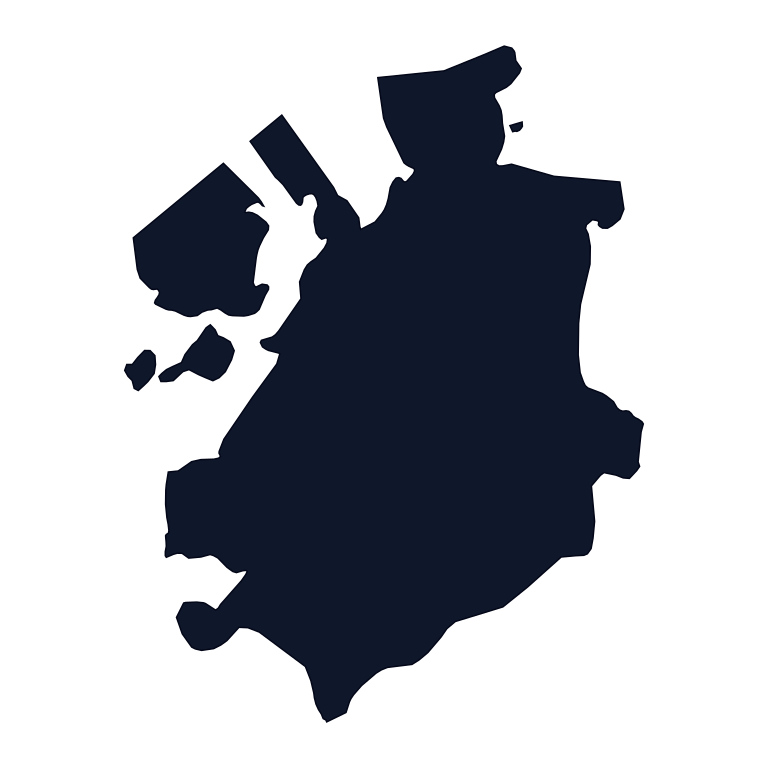 the Canton of Fribourg
{"feature_id": "CHE-3421", "entity_name": "Fribourg", "entity_type": "Canton", "adm_level": 1, "iso_a3": "CHE", "parent_name": "Switzerland", "parent_adm1": "", "projection": "albers", "projection_center": [7.007, 46.724], "detail": "fine", "context": "isolated", "style": "filled", "palette": "ink", "viewbox_px": 768, "rotation_deg": 0, "n_neighbors": 0, "source": "natural_earth", "source_scale": "10m", "svg_char_len": 4535}
<svg xmlns="http://www.w3.org/2000/svg" viewBox="0 0 768 768"><path d="M504.2,46.1L511.8,48.1L514.1,51.0L514.8,52.6L514.9,53.6L515.8,60.7L521.2,68.5L519.4,72.9L510.9,83.6L506.4,87.2L495.8,92.6L494.2,94.5L494.5,97.8L499.1,105.7L501.0,110.3L501.9,115.6L502.4,123.3L504.5,136.1L503.6,142.1L501.5,149.1L495.8,161.3L496.3,164.4L499.1,166.0L502.9,165.9L511.5,164.2L553.9,176.3L619.8,182.0L623.9,209.1L620.0,219.0L612.2,225.5L607.5,228.2L602.5,228.1L599.7,226.4L598.4,224.8L598.8,221.6L597.2,220.6L592.4,219.7L586.4,224.8L585.5,228.5L588.1,234.0L590.3,246.4L590.0,264.2L580.5,304.2L578.6,323.3L578.2,354.9L580.1,372.6L583.3,381.7L585.2,385.6L587.9,388.0L602.3,393.5L606.3,396.0L613.5,401.7L617.0,407.8L619.6,410.1L622.6,411.2L626.1,410.8L628.8,411.3L631.2,413.4L633.0,416.0L635.2,417.7L638.4,419.2L642.0,421.8L643.3,423.9L641.1,432.0L638.1,461.9L639.6,466.4L636.7,470.6L629.4,478.4L623.2,477.9L616.0,475.1L604.0,472.6L600.4,475.3L591.4,485.9L594.6,521.3L593.0,538.2L591.1,548.6L587.4,553.8L583.9,555.3L575.8,555.7L561.2,557.0L527.7,586.9L502.9,606.9L455.3,621.5L446.9,628.6L441.0,637.1L427.9,652.5L419.1,659.9L412.0,664.4L387.5,667.4L381.5,669.8L376.1,673.1L361.6,685.5L353.5,694.8L350.9,698.7L349.4,701.9L346.0,712.5L326.7,721.9L325.9,720.0L323.2,718.6L321.4,714.1L318.5,709.6L316.0,704.1L314.4,697.8L313.8,693.0L310.9,680.6L305.4,666.5L259.3,632.1L247.9,627.7L239.0,627.3L226.9,640.6L220.8,645.0L213.7,648.6L201.6,650.4L195.3,648.9L191.7,647.1L182.3,633.9L176.5,617.4L183.7,603.0L185.7,602.5L196.7,602.1L203.5,602.8L205.4,603.5L215.6,610.1L218.3,608.2L220.6,604.4L241.4,580.8L245.8,574.5L247.3,571.3L245.9,570.4L242.8,570.7L236.4,572.6L232.8,571.5L227.1,567.4L217.8,557.9L213.4,555.5L210.1,554.5L200.9,557.0L188.7,558.1L182.1,553.3L177.2,553.2L173.4,554.3L166.3,557.3L165.3,555.7L165.3,551.6L166.3,546.3L166.1,541.8L165.8,538.5L165.6,535.7L166.3,534.5L168.4,533.2L168.9,530.7L168.2,524.4L166.9,517.6L165.6,504.3L165.8,490.1L166.3,484.5L168.3,472.0L178.2,471.0L191.6,461.7L200.9,459.6L213.8,459.2L218.6,458.2L220.5,456.5L220.0,455.1L219.0,453.1L219.2,451.3L223.9,439.2L252.6,397.1L276.8,364.0L279.8,353.9L278.9,353.1L268.4,350.4L265.6,349.0L262.5,346.9L260.4,342.5L261.4,340.3L272.2,337.1L275.5,334.7L278.7,331.0L301.0,298.7L299.6,281.9L304.4,269.7L307.4,264.9L311.1,261.7L316.1,258.3L324.3,248.2L327.0,243.1L327.6,239.2L326.7,238.0L325.7,237.8L321.7,239.2L319.4,237.3L316.3,232.9L314.2,221.9L314.3,216.4L315.7,211.1L318.1,206.0L317.2,201.0L315.6,197.0L313.7,194.5L312.0,193.7L309.6,193.8L306.6,194.7L304.3,196.0L302.9,197.4L302.7,200.0L302.5,202.0L301.6,204.3L300.6,205.2L298.8,205.0L296.5,203.1L283.1,184.6L278.2,179.6L275.5,177.3L250.1,141.3L281.8,115.1L333.5,187.4L337.6,195.6L346.9,200.7L358.7,217.8L359.8,226.6L360.7,229.5L375.1,222.0L382.1,213.4L384.4,209.8L386.6,204.7L388.3,198.6L390.3,187.5L393.0,182.0L396.1,178.1L398.8,177.6L401.0,178.4L403.3,181.2L404.9,182.2L406.8,181.3L413.0,174.3L414.6,171.0L414.1,168.6L409.0,166.3L406.2,164.6L404.0,162.8L386.8,127.0L383.6,118.2L377.8,77.6L444.0,70.9L485.0,54.3L504.2,46.1ZM223.4,163.3L258.3,197.9L261.2,201.8L263.7,206.1L262.4,205.7L260.4,203.5L258.6,202.2L256.9,202.1L251.5,204.4L248.7,206.3L246.3,208.4L244.7,212.0L245.8,212.6L248.7,212.2L252.5,212.9L257.4,215.3L266.0,222.2L268.6,225.9L268.3,229.8L263.3,237.9L259.5,245.8L258.0,249.7L257.0,253.7L256.2,257.8L253.1,282.6L254.4,285.8L255.9,287.1L262.1,284.2L267.2,285.0L268.6,286.8L268.5,289.4L265.2,295.1L259.1,309.4L256.5,311.9L254.6,313.3L248.2,315.3L243.9,316.0L232.3,315.6L228.7,315.0L225.0,312.9L220.8,309.9L217.2,308.0L211.4,309.7L207.7,310.0L202.0,312.1L197.3,315.5L190.5,316.5L187.8,316.3L184.1,315.2L175.4,311.0L171.8,310.1L168.7,309.9L166.1,309.2L155.7,304.2L154.6,302.9L155.4,300.2L157.5,297.3L159.1,294.6L159.5,292.2L158.2,289.8L156.9,289.0L153.3,289.5L151.4,289.1L149.4,287.6L140.2,278.2L137.3,269.4L133.3,237.8L223.4,163.3ZM210.3,324.8L215.1,329.8L217.8,335.7L223.3,337.8L230.1,341.8L234.2,350.7L231.5,359.7L225.3,371.7L219.1,377.7L212.9,380.7L205.4,377.6L198.6,374.6L189.0,369.6L182.9,371.6L173.3,380.6L166.4,381.5L160.9,381.5L158.9,376.5L161.7,373.6L166.5,369.6L172.6,366.6L181.5,362.6L185.0,354.6L192.5,344.7L197.3,340.7L202.8,332.7L206.2,327.7L210.3,324.8ZM150.1,350.6L154.9,355.6L155.5,364.6L154.1,373.5L147.9,381.5L143.8,385.5L138.3,390.5L134.2,388.4L132.2,380.5L128.1,376.4L124.7,370.4L126.8,364.5L132.3,364.5L137.8,357.5L144.6,350.5L150.1,350.6ZM522.1,122.0L522.4,126.3L521.4,128.0L519.5,130.2L516.9,131.4L515.1,131.1L512.7,131.7L509.9,125.6L522.1,122.0Z" fill="#0f172a" stroke="#020617" stroke-width="1.5"/></svg>